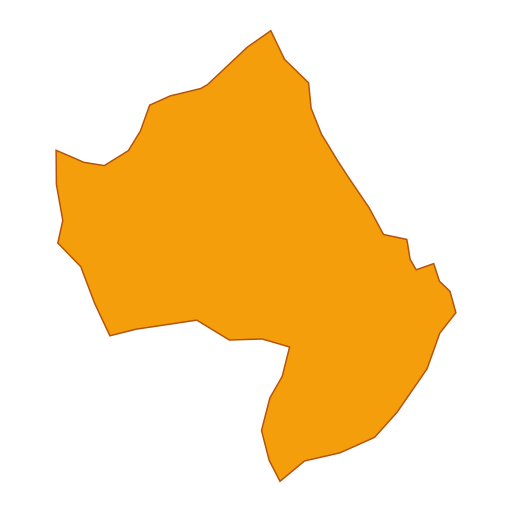 the district of Ngourkosso, Logone Occidental, Chad
{"feature_id": "50815135B58104899779962", "entity_name": "Ngourkosso", "entity_type": "district", "adm_level": 2, "iso_a3": "TCD", "parent_name": "Chad", "parent_adm1": "Logone Occidental", "projection": "mercator", "projection_center": [16.377, 8.968], "detail": "fine", "context": "isolated", "style": "filled", "palette": "amber", "viewbox_px": 512, "rotation_deg": 0, "n_neighbors": 0, "source": "geoboundaries", "source_scale": "gbopen_adm2", "svg_char_len": 848}
<svg xmlns="http://www.w3.org/2000/svg" viewBox="0 0 512 512"><path d="M280.0,481.3L304.6,460.9L340.0,452.8L374.6,437.3L374.7,437.2L397.2,412.1L427.0,368.9L439.8,333.1L455.9,312.7L450.0,291.4L445.1,286.6L439.4,281.2L439.1,280.2L433.7,263.6L416.2,269.8L410.1,259.3L407.4,242.6L407.3,242.0L407.2,241.8L406.8,239.4L383.5,234.5L369.0,207.6L349.8,179.4L338.9,162.7L337.2,160.1L337.1,159.9L330.2,148.5L328.6,145.8L321.5,134.3L311.1,108.2L308.6,82.9L284.5,59.3L270.8,30.7L247.5,47.0L207.4,84.7L200.8,88.5L175.2,94.7L170.2,95.9L149.7,105.1L140.4,131.0L128.4,150.6L104.3,165.6L83.7,162.3L75.4,158.6L56.1,150.3L56.4,184.5L62.8,220.5L57.8,243.0L80.8,266.7L94.6,303.2L109.9,335.8L136.0,329.2L196.7,320.1L229.3,340.0L262.1,339.0L289.6,347.0L282.2,376.4L269.9,397.9L261.5,430.5L269.2,460.4L280.0,481.3Z" fill="#f59e0b" stroke="#b45309" stroke-width="1.5"/></svg>